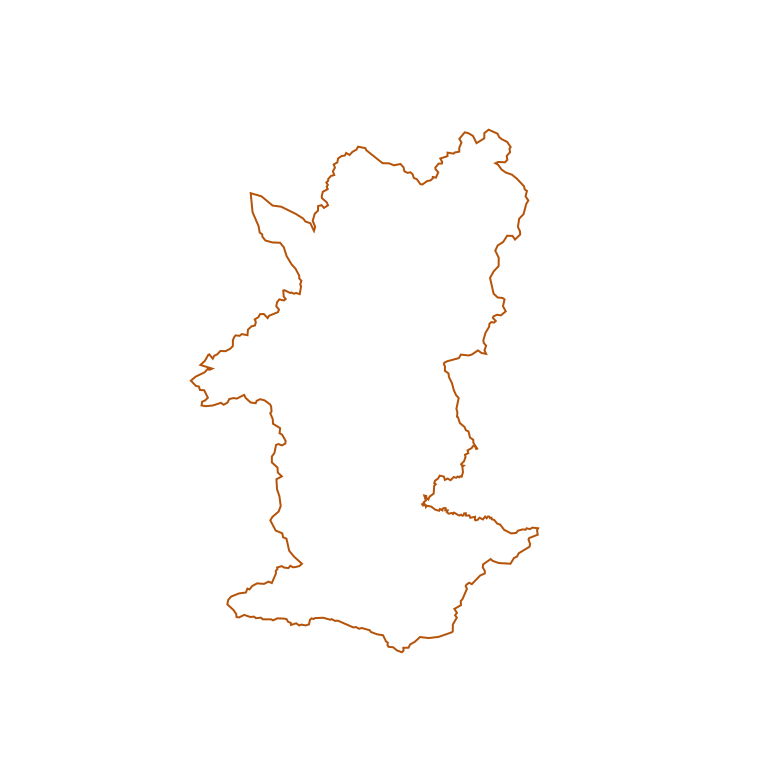 Pasco, Pasco, Peru, rotated 297°
{"feature_id": "86281439B9789876914090", "entity_name": "Pasco", "entity_type": "district", "adm_level": 2, "iso_a3": "PER", "parent_name": "Peru", "parent_adm1": "Pasco", "projection": "orthographic", "projection_center": [-76.088, -10.729], "detail": "fine", "context": "isolated", "style": "outline", "palette": "amber", "viewbox_px": 768, "rotation_deg": 297, "n_neighbors": 0, "source": "geoboundaries", "source_scale": "gbopen_adm2", "svg_char_len": 6154}
<svg xmlns="http://www.w3.org/2000/svg" viewBox="0 0 768 768"><g transform="rotate(297 384 384)"><path d="M282.0,231.2L283.5,235.6L287.2,241.3L293.2,247.2L292.7,250.5L296.3,253.0L300.4,253.0L303.2,256.4L304.2,259.5L310.8,264.3L308.7,267.2L307.0,273.6L308.6,278.4L311.2,278.2L314.2,280.5L315.2,284.9L314.1,291.8L312.8,293.6L308.4,296.3L306.4,295.9L302.0,301.0L298.2,303.1L297.5,311.5L292.7,313.3L292.6,316.3L288.5,322.3L286.1,323.1L283.0,321.0L282.5,317.1L280.7,315.5L272.7,317.7L268.5,317.0L263.2,319.7L261.2,327.0L256.9,329.6L255.3,334.9L250.3,331.4L241.6,336.5L236.6,341.7L228.3,347.4L222.5,348.0L214.9,344.9L210.9,344.6L204.2,354.1L204.8,361.1L201.6,363.7L201.9,367.3L192.4,375.2L189.4,382.0L186.6,392.5L183.3,391.2L180.6,388.1L179.4,386.1L179.5,383.1L176.6,382.4L175.1,378.5L175.3,375.6L172.0,372.1L170.8,373.1L168.5,372.4L165.9,373.8L155.7,374.4L155.5,370.9L151.4,367.8L148.8,361.5L144.2,358.3L139.9,357.4L139.7,355.2L135.5,355.6L131.6,349.9L125.2,344.3L120.8,343.2L116.5,344.5L114.3,352.5L112.0,356.7L109.4,358.4L110.2,360.8L114.8,364.3L115.7,370.6L117.7,373.8L117.2,376.3L119.9,380.4L119.3,382.8L123.1,390.4L123.0,392.4L126.8,395.4L129.8,401.9L130.2,404.1L128.6,406.4L128.8,409.4L127.1,410.5L130.9,414.4L130.4,418.1L132.0,419.4L133.4,423.9L135.8,426.3L140.2,425.1L142.3,425.9L142.6,428.0L143.9,428.5L148.1,435.9L149.6,443.2L150.7,444.0L150.7,447.9L152.2,450.4L153.2,467.3L154.7,469.3L154.6,472.9L156.5,474.9L158.1,483.1L157.1,484.9L157.8,491.3L159.7,497.2L155.6,502.6L155.3,504.8L153.0,505.6L151.9,507.3L153.6,511.7L152.5,516.4L153.1,521.7L155.2,522.5L157.7,521.0L160.2,525.6L163.8,525.5L168.1,528.4L174.9,531.0L178.0,539.3L183.6,547.6L193.6,557.2L194.7,557.6L201.1,554.5L208.9,555.0L210.2,552.3L213.2,552.9L215.6,548.8L221.9,553.0L225.5,550.9L227.9,551.6L239.1,550.9L241.0,548.5L242.7,548.6L245.6,550.1L245.5,553.1L257.0,556.6L261.0,559.8L263.1,558.8L265.5,555.2L268.3,554.2L276.5,558.6L275.7,561.0L276.6,567.6L281.3,578.3L288.0,578.8L290.5,580.8L294.4,580.9L305.0,587.5L307.7,586.9L311.1,583.3L312.7,583.3L319.5,589.4L323.1,586.8L325.4,586.8L323.4,581.4L320.9,579.9L320.2,576.6L318.4,576.3L317.5,573.7L314.1,569.9L311.3,569.4L308.6,565.1L308.6,557.3L311.5,551.3L311.0,548.4L312.9,543.8L312.4,541.5L313.6,540.5L312.6,539.5L313.6,538.1L313.2,536.8L311.0,536.4L311.8,534.3L308.2,533.6L308.2,529.8L305.5,529.1L304.1,527.6L304.3,526.6L307.0,525.4L304.0,521.6L305.7,519.7L304.0,517.0L306.0,515.5L305.0,514.1L303.3,514.6L302.2,513.7L302.6,512.1L300.9,510.7L301.2,504.8L299.5,504.5L300.0,503.3L297.8,500.4L298.4,498.1L300.3,498.1L299.3,496.0L301.2,495.5L301.3,494.6L299.6,492.8L297.9,493.4L298.0,490.6L296.1,490.7L295.3,486.7L296.2,481.8L295.0,477.5L293.5,477.2L294.9,476.2L293.4,473.7L294.2,472.6L295.7,474.3L296.5,473.0L299.2,474.2L302.9,470.5L303.4,472.4L302.0,473.1L301.1,475.9L304.4,475.8L308.9,478.0L316.2,474.9L318.2,475.6L318.5,473.7L321.1,473.4L324.3,475.1L327.7,475.3L328.7,479.4L326.2,481.8L328.6,483.6L328.5,487.0L332.7,488.3L333.2,490.9L335.0,491.6L335.0,493.4L336.4,493.8L336.6,495.3L341.3,494.4L345.8,491.4L347.4,492.1L346.8,490.3L347.5,489.1L351.6,490.4L356.2,489.7L357.7,488.3L360.7,490.5L362.8,488.6L366.7,491.2L368.9,491.4L370.1,493.0L368.0,495.7L368.7,496.4L371.9,490.6L374.9,488.7L375.3,485.0L380.1,480.8L380.0,477.9L382.3,475.2L383.6,469.4L388.0,465.0L388.0,463.9L392.2,462.2L394.7,459.8L405.4,456.9L406.8,453.3L410.2,449.0L415.4,444.4L419.8,438.6L422.7,436.7L423.4,432.2L427.3,430.4L428.9,428.3L430.4,428.1L433.2,430.2L441.0,438.9L445.1,439.2L447.8,446.4L450.0,448.8L456.6,452.5L455.9,456.9L457.2,461.3L459.7,458.2L464.5,457.6L465.8,454.3L468.0,452.7L475.6,451.2L482.7,451.7L485.5,450.6L487.9,451.5L488.6,454.1L490.9,455.0L492.3,451.0L493.9,450.8L497.1,453.4L498.2,457.0L504.0,459.5L507.3,454.7L514.1,453.0L514.5,450.6L512.7,446.0L514.2,440.7L526.7,430.3L534.3,430.6L541.1,432.6L548.6,428.9L553.3,422.6L559.0,422.4L564.7,425.7L572.0,426.4L574.3,431.3L572.2,435.1L579.0,437.5L581.8,435.8L584.8,432.0L592.6,429.4L598.8,431.2L609.0,429.0L613.0,429.3L615.5,424.9L620.9,423.7L621.3,421.0L623.7,419.0L627.3,409.1L628.6,402.8L627.7,396.4L628.5,391.3L631.2,386.1L631.3,383.1L633.7,385.0L636.5,391.2L639.8,392.1L642.9,389.8L647.8,391.1L650.6,389.0L652.6,389.3L655.6,383.9L655.6,377.6L656.3,374.5L658.6,371.5L658.1,361.8L653.1,359.5L648.4,361.8L640.6,357.1L645.4,350.7L645.8,345.3L644.9,341.7L636.7,339.8L634.3,343.4L628.7,343.8L625.2,345.6L622.3,341.8L620.9,341.5L619.0,335.6L615.8,337.1L610.5,331.8L608.2,335.1L606.7,335.5L605.2,332.6L600.1,331.5L598.7,332.5L597.3,336.2L591.5,336.6L590.6,333.5L589.3,334.1L586.5,333.0L584.4,330.3L579.2,327.6L578.6,325.6L581.4,320.2L581.1,317.1L584.1,313.9L584.6,311.4L582.8,309.1L582.8,305.6L585.9,303.1L587.5,298.8L583.4,293.6L582.9,288.3L580.1,282.5L584.3,261.9L585.7,260.4L583.7,253.2L580.3,253.0L576.5,250.5L572.4,249.3L572.7,245.4L569.8,245.4L567.8,242.7L564.1,240.7L560.3,241.8L556.7,239.5L554.5,242.1L550.3,241.9L547.6,244.8L545.3,242.3L541.2,241.2L539.7,242.0L537.4,241.1L535.9,243.6L533.9,243.3L532.0,245.4L527.5,242.2L522.7,243.4L521.4,244.4L519.9,250.4L517.8,253.0L513.6,250.5L515.0,247.2L512.6,244.5L508.4,246.5L504.3,245.0L497.0,246.4L492.8,251.3L488.6,252.1L493.8,245.4L493.1,240.2L494.7,237.0L495.5,228.2L495.3,211.9L492.4,203.7L495.6,189.7L493.5,178.6L477.4,188.9L467.7,200.6L462.5,204.5L462.1,207.5L460.0,208.8L458.0,213.3L459.5,220.4L462.7,227.3L460.3,232.7L453.8,239.1L448.6,247.4L446.6,252.8L441.9,259.4L439.6,260.5L438.4,263.6L434.7,264.1L433.4,265.8L425.8,268.1L425.2,264.4L423.5,262.6L423.5,259.9L422.5,259.1L422.4,252.8L421.6,251.8L416.3,255.0L415.1,257.8L413.0,256.9L411.9,252.3L408.4,251.6L404.3,252.7L402.7,256.6L399.9,256.9L392.6,250.6L389.9,250.4L391.8,245.1L389.9,241.8L386.6,241.8L382.9,239.5L381.0,241.7L377.6,242.5L375.3,239.8L370.7,238.1L365.5,240.2L363.9,234.6L361.4,233.5L360.0,229.8L358.5,229.3L354.7,229.4L349.1,232.1L345.5,230.9L341.3,227.9L339.1,223.2L334.8,222.0L332.0,219.9L328.8,219.9L331.1,214.9L330.2,214.2L323.3,213.9L317.6,211.8L319.7,223.9L317.5,222.1L317.0,219.9L313.0,218.9L305.0,212.8L299.3,210.4L296.9,217.4L297.7,220.1L295.1,222.8L296.8,226.6L291.8,233.3L288.2,232.1L285.6,230.0L282.0,231.2Z" fill="none" stroke="#b45309" stroke-width="2"/></g></svg>